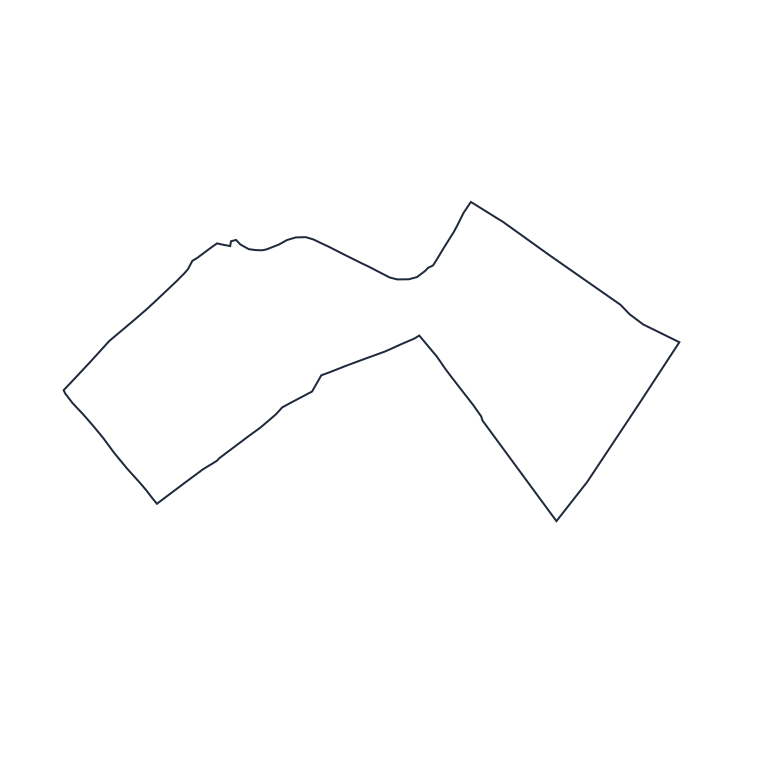 the district of Mean Chey, Phnom Penh, Cambodia, rotated 324°
{"feature_id": "14789045B35009780503232", "entity_name": "Mean Chey", "entity_type": "district", "adm_level": 2, "iso_a3": "KHM", "parent_name": "Cambodia", "parent_adm1": "Phnom Penh", "projection": "albers", "projection_center": [104.901, 11.516], "detail": "fine", "context": "isolated", "style": "outline", "palette": "slate", "viewbox_px": 768, "rotation_deg": 324, "n_neighbors": 0, "source": "geoboundaries", "source_scale": "gbopen_adm2", "svg_char_len": 1378}
<svg xmlns="http://www.w3.org/2000/svg" viewBox="0 0 768 768"><g transform="rotate(324 384 384)"><path d="M647.5,523.8L628.7,488.2L623.7,472.0L621.9,459.0L593.4,376.6L575.4,322.3L574.0,319.1L561.3,287.8L549.0,292.3L536.1,299.0L529.7,302.1L517.9,306.8L512.2,309.1L504.2,312.5L497.2,315.4L493.3,316.9L487.9,315.9L483.7,316.7L473.6,316.9L465.7,313.9L456.2,307.2L451.1,301.0L444.1,287.0L440.8,280.4L437.0,273.4L433.4,266.5L427.8,255.8L419.6,239.7L415.9,233.1L411.9,225.6L407.0,219.2L398.7,213.5L390.1,210.5L380.9,209.4L367.9,206.0L363.9,204.1L359.1,200.4L353.9,195.5L349.8,186.7L349.0,180.5L344.1,178.6L340.6,182.0L335.0,176.0L331.6,172.1L324.4,172.0L306.5,172.2L301.4,171.7L292.8,175.9L287.1,177.2L281.8,178.0L276.7,178.9L273.3,179.3L250.2,182.3L237.0,183.9L218.3,185.5L187.2,187.7L160.7,193.2L136.9,197.8L121.2,200.7L120.5,204.4L120.8,216.2L122.9,232.9L124.2,248.0L125.1,263.2L125.2,281.2L126.4,301.0L128.5,321.0L129.2,330.1L129.4,339.0L129.9,347.4L165.8,346.8L187.6,346.6L203.6,347.9L207.4,347.2L207.6,347.2L243.7,346.6L258.4,346.6L278.8,345.0L287.8,343.1L298.7,344.5L321.4,347.8L338.4,340.1L342.5,341.3L350.2,343.4L363.5,346.8L383.8,352.5L404.3,358.4L420.8,361.8L435.4,365.1L441.0,365.5L442.9,393.0L442.5,407.6L442.6,414.7L443.0,428.9L443.8,453.5L443.6,467.3L442.2,471.4L442.9,596.3L490.7,582.7L579.1,549.8L647.5,523.8Z" fill="none" stroke="#1e293b" stroke-width="2"/></g></svg>